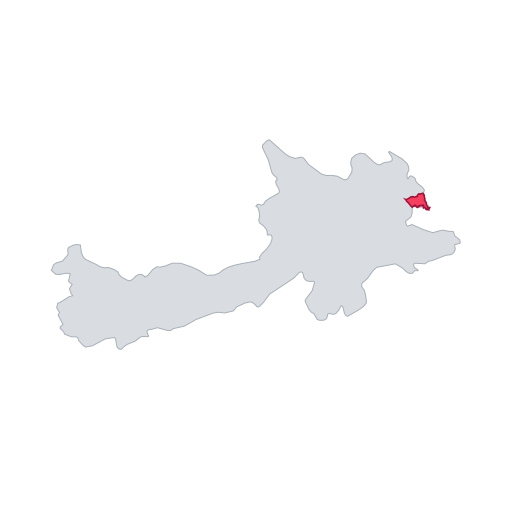 location of Sing, Louang Namtha, Laos, rotated 110°
{"feature_id": "54806243B57426312908571", "entity_name": "Sing", "entity_type": "district", "adm_level": 2, "iso_a3": "LAO", "parent_name": "Laos", "parent_adm1": "Louang Namtha", "projection": "robinson", "projection_center": [101.175, 21.271], "detail": "fine", "context": "in_parent", "style": "filled", "palette": "rose", "viewbox_px": 512, "rotation_deg": 110, "n_neighbors": 0, "source": "geoboundaries", "source_scale": "gbopen_adm2", "svg_char_len": 7328}
<svg xmlns="http://www.w3.org/2000/svg" viewBox="0 0 512 512"><g transform="rotate(110 256 256)"><path d="M188.3,73.7L190.4,77.9L200.2,89.1L201.9,92.1L205.5,94.5L208.5,104.4L209.8,105.0L211.4,104.3L212.7,103.0L213.7,99.1L214.3,98.7L215.5,101.9L218.2,102.8L219.4,104.2L219.8,106.6L219.4,109.1L217.1,114.7L215.7,122.4L225.4,138.7L229.4,140.9L239.0,143.6L245.5,147.2L248.5,146.3L251.4,142.3L254.8,140.0L261.2,136.5L263.1,136.4L266.7,137.7L272.5,141.8L281.4,149.4L281.1,151.4L279.5,153.4L274.8,156.5L273.3,158.4L274.2,159.1L278.2,159.6L282.8,161.3L284.3,163.3L285.1,167.9L285.9,168.7L290.2,168.2L291.6,168.8L293.1,170.3L294.7,174.1L294.6,176.9L290.4,181.9L289.9,184.8L287.7,188.4L281.8,194.3L280.3,194.7L269.4,191.4L260.7,191.9L260.0,193.1L261.5,196.7L261.9,200.3L260.6,203.0L255.6,206.5L255.5,208.1L256.5,209.7L263.7,212.8L286.9,230.0L297.4,233.3L302.1,235.4L303.3,236.6L303.2,238.1L302.0,240.1L301.0,243.4L301.0,245.4L302.1,247.4L304.0,250.3L310.5,256.8L315.2,258.4L320.2,265.8L321.8,272.3L324.2,276.6L336.3,290.7L346.4,299.3L352.4,308.7L355.3,310.8L356.3,314.2L357.1,324.1L360.6,329.0L361.4,331.0L362.9,332.5L364.5,332.7L368.1,329.5L368.8,330.0L370.4,335.2L371.9,337.1L377.2,340.3L382.9,346.6L385.9,348.8L389.7,350.6L390.3,352.6L389.6,354.6L388.4,355.9L381.9,359.6L381.0,361.2L385.4,369.2L396.4,379.1L399.9,385.1L399.1,387.9L396.2,393.7L393.9,395.3L393.4,397.1L395.1,401.8L394.9,409.1L392.9,410.9L391.0,415.3L389.6,415.7L386.3,414.0L379.3,421.7L376.3,421.3L372.8,425.6L368.3,426.2L365.1,423.0L358.4,417.9L356.0,414.7L354.0,417.4L350.4,420.1L345.5,419.1L344.2,423.0L343.2,423.7L337.2,424.3L336.1,424.9L337.1,428.4L340.6,434.4L341.7,437.8L339.5,443.4L333.3,443.2L330.5,441.0L327.0,436.2L319.0,433.1L313.7,435.3L312.1,435.1L308.1,431.2L306.6,428.6L305.7,424.8L311.7,421.7L314.8,419.3L316.8,416.8L317.6,414.1L318.6,403.1L319.4,399.2L318.9,394.4L317.3,390.7L317.2,385.0L318.1,380.5L320.4,378.2L321.9,374.9L322.9,367.5L322.1,365.6L319.8,363.8L316.0,362.1L313.6,360.0L312.6,357.3L312.7,355.0L313.8,353.1L310.9,350.9L304.0,348.4L300.1,345.5L299.2,342.1L296.3,337.7L291.3,332.1L288.6,324.2L288.3,313.9L288.9,305.4L291.0,295.7L288.1,288.6L284.8,284.9L280.4,282.2L276.1,278.3L272.1,273.2L267.3,265.6L261.6,255.6L257.8,251.2L255.9,252.2L251.9,251.3L245.7,248.4L240.3,246.8L235.7,246.6L232.7,247.3L231.3,248.8L231.2,250.3L232.4,251.8L231.7,252.9L229.3,253.8L227.4,255.4L225.2,259.1L223.7,263.9L221.4,265.7L217.9,266.1L214.4,267.5L211.0,269.8L209.4,271.6L209.6,272.8L208.9,273.1L207.2,272.4L206.4,270.8L206.5,268.3L204.7,266.6L201.2,265.8L197.1,263.1L189.3,256.2L187.6,255.9L185.0,257.7L181.7,261.5L179.0,263.1L176.8,262.3L175.1,263.6L174.0,267.2L171.8,269.9L161.4,277.4L152.0,287.0L149.7,287.8L144.0,285.2L142.2,283.3L150.0,263.6L151.1,258.9L150.9,252.6L147.6,247.3L147.5,245.8L148.0,244.2L152.0,238.1L156.6,222.4L156.3,217.5L154.3,212.1L153.2,207.1L154.1,200.1L153.7,197.4L151.6,196.1L144.4,194.7L140.3,195.8L138.4,197.7L136.0,198.9L131.5,199.5L127.2,197.2L123.7,193.2L122.8,188.3L127.3,177.8L128.4,173.8L128.3,171.9L127.5,169.9L126.4,169.6L124.1,167.2L121.9,162.8L119.9,160.8L117.9,161.2L116.1,162.8L113.1,167.0L112.1,166.4L114.8,151.9L117.3,145.8L120.2,142.9L123.3,141.7L126.5,142.1L129.2,141.6L131.4,140.1L131.2,139.3L128.6,139.0L127.6,137.4L128.1,134.3L129.3,132.3L131.1,131.4L132.8,128.3L134.5,123.0L136.5,120.3L138.9,120.2L143.0,118.0L148.8,113.5L151.0,109.2L153.1,111.2L152.3,116.2L153.5,117.2L154.0,119.0L153.7,121.8L154.2,124.2L155.1,125.4L156.4,125.9L162.5,123.9L166.2,123.7L172.4,127.4L176.0,124.7L176.1,123.7L173.1,120.2L174.0,107.5L173.6,97.8L168.5,90.7L167.5,87.9L166.9,83.2L165.5,79.2L169.1,76.0L171.1,70.1L173.6,68.6L174.4,68.8L177.5,73.3L181.4,71.1L184.4,71.1L186.9,72.2L188.3,73.7Z" fill="#d9dde1" stroke="#a8b0b8" stroke-width="1"/><path d="M151.7,135.0L152.1,134.3L152.4,133.8L152.7,133.5L153.0,133.2L153.3,132.7L153.5,132.2L153.6,131.8L153.7,131.3L154.2,130.6L154.5,130.2L154.7,129.7L154.9,129.4L155.2,129.0L155.3,128.8L155.4,128.7L155.5,128.4L155.7,128.2L155.9,127.8L156.0,127.5L156.2,127.3L156.6,126.6L156.6,126.4L156.6,126.2L156.5,126.3L156.4,126.2L156.2,126.0L156.2,125.8L156.2,125.7L155.8,125.3L155.7,125.3L155.6,125.2L155.5,125.3L155.4,125.3L155.3,125.2L155.2,125.2L154.9,124.9L155.0,124.9L155.1,124.7L155.1,124.4L155.0,124.2L154.9,124.2L154.7,124.1L154.4,124.1L154.3,123.9L154.2,123.7L154.1,123.8L153.9,123.9L153.9,123.7L154.0,123.5L154.2,123.3L154.2,123.2L154.3,123.2L154.1,122.9L154.3,122.7L154.5,122.6L154.4,122.5L154.4,122.4L154.5,122.4L154.7,122.2L154.8,122.2L154.8,121.8L155.0,121.8L155.1,121.7L155.1,121.3L155.2,121.2L155.0,120.9L155.0,120.7L154.9,120.7L154.7,120.5L154.6,120.4L154.6,120.5L154.5,120.4L154.5,120.5L154.4,120.5L154.4,120.4L154.2,120.4L153.9,120.4L153.8,120.2L153.7,120.0L153.6,119.9L153.3,120.0L153.2,120.1L153.1,119.9L152.9,119.8L152.9,119.7L152.7,119.6L152.7,119.4L152.6,119.2L152.5,118.9L152.6,118.7L152.4,118.4L152.3,118.2L152.2,118.2L151.9,118.0L151.9,117.9L151.9,117.7L151.9,117.3L151.7,117.3L151.7,117.2L151.5,116.7L151.3,116.6L151.2,116.5L151.1,116.3L151.0,116.2L151.2,115.9L151.3,115.8L151.5,115.8L151.6,115.7L151.8,115.6L152.0,115.7L152.3,115.7L152.3,115.8L152.5,115.7L152.8,115.5L152.9,115.4L153.0,115.4L153.0,115.2L153.2,114.9L153.3,114.8L153.2,114.7L153.3,114.7L153.2,114.6L153.2,114.3L153.1,114.2L153.0,113.9L153.0,113.7L152.9,113.6L152.9,113.3L152.9,113.2L153.0,113.1L153.2,112.9L153.4,112.8L153.4,112.7L153.5,112.7L153.8,112.5L153.9,112.4L154.0,112.1L153.9,112.0L153.7,112.1L153.5,111.9L153.4,111.7L153.5,111.6L153.5,111.4L153.4,111.3L153.4,111.2L153.5,111.0L153.4,110.9L153.5,110.9L153.4,110.8L153.5,110.7L153.8,110.6L153.8,110.4L153.6,110.2L153.7,109.9L153.7,109.7L153.6,109.4L153.5,109.5L153.4,109.5L153.1,109.5L152.9,109.6L152.7,109.6L152.4,109.6L152.4,109.4L152.2,109.3L151.8,109.4L151.6,109.3L151.4,109.3L151.2,109.3L151.5,109.7L151.5,109.9L151.5,110.2L151.7,110.7L151.8,110.7L151.8,110.8L151.8,111.0L151.7,111.1L151.3,111.2L151.2,111.3L151.2,111.5L150.7,111.9L150.5,112.1L150.4,112.3L150.2,112.6L149.9,112.9L149.7,113.1L149.5,113.3L149.4,113.4L149.3,113.6L149.2,113.7L149.0,113.8L148.9,113.8L148.7,113.8L148.1,113.9L148.0,114.0L147.7,114.3L147.5,114.5L147.3,114.6L147.2,114.7L147.1,114.9L147.1,115.1L146.8,115.5L146.4,116.0L146.2,116.3L145.8,116.5L145.7,116.8L145.6,117.0L145.4,117.0L145.2,117.0L145.0,116.9L144.9,116.9L144.7,116.9L144.5,117.0L144.2,117.1L143.8,117.3L143.6,117.4L143.1,117.8L142.9,117.9L142.8,118.0L142.5,118.4L142.4,118.4L142.1,118.4L142.0,118.6L141.9,118.7L141.6,118.6L141.3,118.7L141.2,118.8L141.1,119.2L140.8,119.6L140.7,119.8L140.4,120.0L140.2,120.2L140.1,120.3L139.9,120.6L140.2,121.2L140.7,121.7L140.8,121.8L140.9,122.0L141.1,122.4L141.3,122.6L141.6,122.9L141.6,123.3L141.7,123.5L141.9,123.6L142.0,123.8L142.0,124.0L141.9,124.1L141.9,124.3L142.2,124.5L142.4,124.6L143.5,124.9L143.7,125.1L143.9,125.1L144.1,125.1L144.4,125.1L144.7,125.1L145.0,124.9L145.2,125.0L145.3,125.5L145.4,125.9L145.5,126.0L145.9,126.5L146.1,126.8L146.5,127.2L146.6,127.4L146.8,127.7L146.8,128.0L146.7,128.2L146.5,128.5L146.6,129.0L146.6,129.4L146.7,129.5L146.9,129.5L147.2,129.6L147.4,129.7L147.5,129.9L147.4,130.1L147.4,130.4L147.5,130.8L148.1,131.1L148.3,131.2L148.5,131.4L149.0,131.5L149.2,131.9L149.5,132.2L150.1,132.6L150.8,133.2L151.0,133.5L151.2,133.8L151.4,134.1L151.5,134.3L151.7,134.6L151.7,135.0Z" fill="#f43f5e" stroke="#9f1239" stroke-width="1.5"/></g></svg>